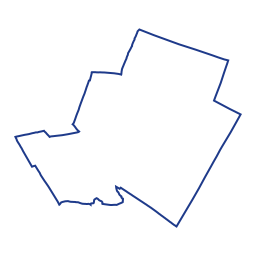 Cosoveni, Dolj, Romania (Equal Earth projection)
{"feature_id": "2599482B99392647375272", "entity_name": "Cosoveni", "entity_type": "district", "adm_level": 2, "iso_a3": "ROU", "parent_name": "Romania", "parent_adm1": "Dolj", "projection": "equal_earth", "projection_center": [23.934, 44.254], "detail": "fine", "context": "isolated", "style": "outline", "palette": "blue", "viewbox_px": 256, "rotation_deg": 0, "n_neighbors": 0, "source": "geoboundaries", "source_scale": "gbopen_adm2", "svg_char_len": 4869}
<svg xmlns="http://www.w3.org/2000/svg" viewBox="0 0 256 256"><path d="M176.5,226.5L192.4,199.7L199.0,188.2L204.9,177.3L210.9,166.6L213.6,161.7L216.7,156.3L220.1,149.9L221.9,146.8L230.5,132.5L235.6,123.4L240.6,114.4L229.8,109.0L214.0,100.6L215.4,96.8L220.7,83.0L224.0,72.9L226.0,67.0L227.2,63.6L228.2,60.4L227.1,60.1L224.2,59.4L218.2,57.4L212.3,55.3L195.8,49.7L179.0,44.3L153.7,35.1L139.4,29.5L138.9,30.0L138.1,30.8L137.7,31.2L137.6,31.4L137.4,31.9L137.0,33.3L136.5,34.3L136.1,35.4L136.0,35.7L135.9,36.0L135.6,36.5L135.2,37.4L134.9,37.9L134.6,38.3L134.6,38.6L134.5,38.9L134.6,39.4L134.5,39.7L134.2,40.2L133.9,40.7L133.1,42.4L132.3,44.4L132.0,45.4L132.1,45.9L132.0,46.2L131.7,46.5L130.3,49.3L128.6,52.3L128.2,52.9L128.0,53.6L127.9,54.3L127.8,54.9L127.3,55.9L126.9,56.9L126.6,57.7L126.5,58.5L125.5,60.6L124.5,63.0L123.9,64.4L123.4,65.7L122.7,67.3L122.4,68.1L122.0,69.1L121.8,70.3L121.6,71.4L121.3,74.3L121.2,74.6L120.6,74.4L119.7,74.2L118.4,73.9L116.9,73.7L114.2,73.3L109.3,72.9L104.5,72.5L101.2,72.4L100.1,72.3L98.2,72.4L96.2,72.3L95.4,72.2L91.8,72.2L91.7,72.3L91.8,72.5L91.8,73.0L91.7,73.2L91.4,74.5L90.9,76.5L90.4,78.4L89.9,80.4L89.4,80.4L89.2,80.4L88.9,80.7L88.2,82.9L87.5,84.8L87.2,85.7L87.0,86.2L86.7,86.9L86.3,88.2L85.8,89.7L85.7,90.1L84.9,92.4L84.7,93.1L84.6,93.4L84.2,94.4L83.4,96.3L82.2,99.5L81.7,100.9L81.2,102.2L80.6,103.8L80.3,104.7L79.4,107.2L78.7,109.7L77.2,113.4L76.4,115.5L75.1,119.3L74.2,121.7L73.9,122.6L73.8,122.8L73.6,123.1L73.4,123.4L73.2,123.6L73.0,124.0L72.7,124.3L73.3,124.8L74.2,125.8L75.2,127.1L76.1,128.4L76.8,129.3L77.8,130.4L78.7,131.2L79.1,131.5L78.7,131.9L78.0,132.2L76.7,132.5L72.1,133.4L68.0,134.2L62.1,135.2L56.5,135.8L53.2,136.2L50.9,136.4L49.6,136.9L49.3,136.5L48.7,135.8L47.7,134.8L46.5,133.5L45.8,132.6L44.5,131.5L44.0,130.8L41.5,131.4L38.6,132.0L37.6,132.4L35.8,132.4L34.3,132.8L32.3,133.2L30.0,133.8L28.9,134.1L26.7,134.5L24.8,134.8L21.1,135.6L18.9,136.1L16.0,136.7L15.4,136.9L16.0,138.2L16.5,139.1L16.7,139.6L16.8,140.2L16.9,140.4L17.3,141.2L18.1,142.5L18.6,143.3L19.0,143.9L19.7,145.0L20.6,146.7L21.4,147.9L22.1,149.2L23.0,151.0L32.0,166.7L32.6,166.5L33.3,166.2L34.8,165.8L35.2,165.7L38.2,170.6L39.7,172.8L40.3,174.2L40.9,175.4L42.8,178.3L44.5,180.9L46.0,183.0L48.4,186.5L57.7,201.6L59.3,204.7L59.6,204.5L61.2,202.4L62.7,201.9L65.2,201.3L66.8,201.2L68.0,201.1L68.9,201.4L69.3,201.5L70.7,201.8L73.0,201.9L75.4,202.0L75.9,202.2L76.8,202.2L78.2,202.3L78.6,202.4L79.0,202.6L80.3,203.1L81.9,203.6L82.5,203.7L82.9,203.8L83.3,203.8L83.8,203.8L84.3,203.9L84.7,203.9L85.5,203.9L86.2,204.0L86.9,204.0L87.4,204.0L87.9,203.9L88.6,203.9L88.8,203.9L89.1,204.0L89.6,204.1L90.2,204.4L90.6,204.7L90.6,204.4L90.7,204.1L90.8,203.9L90.9,203.6L91.4,203.4L92.0,203.3L92.7,203.3L93.3,203.2L93.5,203.2L93.7,202.9L93.9,202.3L94.0,201.3L94.1,200.3L94.2,200.0L94.4,199.6L95.7,198.7L96.2,198.4L96.7,198.2L96.8,198.3L97.2,198.6L97.7,198.8L98.2,199.2L98.5,199.5L98.8,199.9L99.3,200.3L99.7,200.5L100.8,201.0L101.6,201.3L101.8,201.6L102.4,202.3L102.4,202.7L102.3,203.6L102.4,203.9L106.7,204.5L109.7,204.9L110.7,205.0L111.7,205.0L113.1,204.9L115.1,204.8L116.7,204.9L119.5,203.6L120.8,203.1L122.7,202.2L122.8,201.7L122.8,201.3L122.9,200.2L122.9,199.7L123.0,199.3L123.0,199.0L123.0,198.8L122.9,198.6L122.6,198.5L122.2,198.4L122.1,198.2L121.9,198.0L121.6,197.7L121.4,197.3L121.4,197.0L121.5,196.7L121.4,196.4L121.1,196.2L119.8,195.1L119.5,194.7L119.4,194.6L119.1,194.0L118.6,192.8L118.2,192.1L117.8,191.9L117.5,191.6L117.2,191.2L116.8,190.2L116.4,188.7L116.3,188.2L116.2,187.6L116.1,186.7L119.7,188.8L120.7,187.7L121.5,188.2L122.3,188.8L123.3,189.4L124.3,190.1L124.6,190.2L124.8,190.4L125.2,190.7L125.6,190.9L126.0,191.2L126.2,191.3L126.8,191.7L127.3,192.1L127.9,192.5L128.4,192.8L129.0,193.2L129.3,193.4L129.6,193.6L130.2,194.0L130.7,194.3L131.2,194.6L131.5,194.8L131.8,195.0L132.3,195.4L132.9,195.8L133.4,196.1L134.0,196.5L134.6,196.9L135.1,197.2L135.6,197.6L136.2,197.9L136.7,198.3L137.2,198.6L137.7,198.9L138.2,199.3L138.7,199.6L139.3,200.0L139.9,200.4L140.5,200.8L141.1,201.2L141.6,201.5L142.2,201.9L142.8,202.3L143.4,202.7L144.0,203.1L144.6,203.5L145.2,203.9L145.7,204.2L146.3,204.6L146.9,205.0L147.4,205.4L148.0,205.8L148.5,206.1L149.1,206.5L149.7,206.9L150.2,207.3L150.8,207.6L151.3,208.0L151.9,208.4L152.4,208.8L153.0,209.2L153.5,209.6L154.1,210.0L154.6,210.4L155.2,210.8L155.7,211.2L156.3,211.6L156.8,212.0L157.3,212.4L157.9,212.8L158.4,213.3L159.0,213.7L159.5,214.1L160.0,214.4L160.5,214.8L161.0,215.2L161.5,215.6L162.0,215.9L162.5,216.3L163.1,216.7L163.6,217.1L164.1,217.5L164.6,217.8L165.1,218.2L165.6,218.6L166.1,219.0L166.6,219.3L167.1,219.7L167.5,220.0L168.0,220.4L168.5,220.7L168.9,221.1L169.4,221.4L169.8,221.8L170.3,222.1L170.8,222.4L171.2,222.7L171.6,223.1L172.1,223.4L172.5,223.8L173.0,224.1L173.4,224.4L173.9,224.8L174.4,225.1L174.9,225.4L175.4,225.7L175.8,226.1L176.0,226.2L176.5,226.5Z" fill="none" stroke="#1e3a8a" stroke-width="2"/></svg>